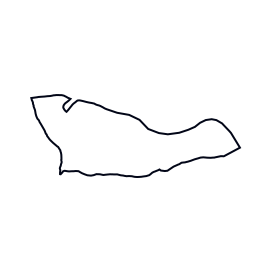 Massacre, Anse-la-Raye, Saint Lucia, rotated 326°
{"feature_id": "8701671B60259256363554", "entity_name": "Massacre", "entity_type": "district", "adm_level": 2, "iso_a3": "LCA", "parent_name": "Saint Lucia", "parent_adm1": "Anse-la-Raye", "projection": "albers", "projection_center": [-61.037, 13.949], "detail": "fine", "context": "isolated", "style": "outline", "palette": "ink", "viewbox_px": 256, "rotation_deg": 326, "n_neighbors": 0, "source": "geoboundaries", "source_scale": "gbopen_adm2", "svg_char_len": 2730}
<svg xmlns="http://www.w3.org/2000/svg" viewBox="0 0 256 256"><g transform="rotate(326 128 128)"><path d="M209.8,206.9L210.6,189.7L210.3,187.3L208.7,177.8L208.6,176.9L205.7,170.9L202.3,167.5L196.9,164.9L190.7,164.0L184.0,164.5L183.1,164.3L177.0,163.2L167.8,160.6L157.5,155.5L150.8,149.5L144.2,140.1L142.1,127.7L136.3,117.8L127.5,109.3L120.8,100.5L119.8,99.0L119.1,97.6L118.9,97.1L117.4,94.3L116.5,93.0L115.4,91.8L114.4,90.4L113.7,88.9L111.7,86.8L110.0,85.2L108.1,83.2L106.0,80.8L104.1,78.8L103.5,78.2L102.5,77.5L101.5,77.0L100.6,77.0L98.7,77.2L96.5,77.3L94.9,77.6L93.4,78.1L91.4,78.7L88.6,79.6L86.1,80.2L85.7,79.2L85.5,77.0L85.6,76.1L85.7,75.0L86.6,73.8L86.9,73.6L87.6,73.1L89.0,72.6L89.9,72.4L92.1,72.3L93.4,72.2L94.3,72.1L95.5,71.9L96.2,71.8L96.6,71.7L96.0,70.8L95.5,69.9L95.0,69.3L94.4,67.9L93.3,66.0L93.0,65.4L92.0,64.3L91.4,63.7L90.0,62.7L87.0,60.6L85.6,59.9L84.6,59.3L83.0,58.7L81.2,57.9L79.4,56.8L76.3,55.2L73.4,53.5L71.8,52.6L71.1,52.2L70.1,51.8L64.6,49.1L63.8,51.4L63.8,52.0L63.4,53.8L62.8,54.7L62.3,56.7L62.0,57.0L61.8,57.4L61.7,57.8L60.9,61.2L59.4,64.5L58.6,66.9L58.2,69.0L58.1,69.8L58.3,70.8L58.4,72.0L58.0,73.9L58.0,75.4L57.9,76.9L57.5,82.8L57.3,84.2L56.8,86.2L56.7,87.0L56.9,87.5L56.8,88.4L56.5,89.2L56.5,90.4L56.6,90.9L56.6,92.8L56.7,94.0L56.9,95.2L57.6,98.5L58.0,99.9L58.7,102.4L59.1,103.9L59.5,104.6L59.4,106.7L59.4,108.7L59.1,109.1L58.6,111.0L57.8,112.8L57.2,113.8L56.2,115.4L55.2,116.9L54.8,117.1L54.0,119.1L53.7,119.4L53.4,119.7L52.9,120.1L52.3,120.5L51.6,121.2L51.0,121.8L50.0,122.4L49.0,123.2L48.6,124.1L48.4,124.8L48.3,125.1L46.8,126.9L46.4,127.4L46.1,127.9L45.6,128.7L45.4,129.0L45.5,128.9L46.4,128.6L46.6,128.6L48.8,128.1L49.9,127.6L51.3,127.9L52.5,128.9L53.4,129.8L54.8,131.0L57.7,132.7L58.0,133.0L60.7,134.5L62.8,136.1L63.2,136.9L63.4,137.4L64.6,139.8L66.2,142.2L67.9,144.5L70.7,146.8L73.2,147.9L76.0,148.6L78.9,150.7L81.1,153.0L81.5,153.3L83.3,154.2L85.0,155.1L87.2,156.3L89.7,158.1L91.2,159.2L93.1,160.4L94.7,162.2L95.5,163.1L95.7,163.3L97.4,164.7L98.2,165.6L99.8,167.1L102.1,168.5L104.3,170.2L105.4,171.4L106.3,172.3L108.1,173.7L109.7,174.7L111.8,175.9L113.7,176.8L116.3,178.1L116.6,178.2L117.0,178.3L119.3,179.0L120.4,178.9L121.6,178.8L123.1,178.6L124.8,178.8L126.3,179.2L126.9,179.3L129.6,179.9L130.9,180.0L131.2,180.9L131.5,181.7L132.1,182.2L134.5,184.3L135.3,184.7L136.8,185.5L140.1,185.5L141.0,185.5L144.2,185.5L147.5,186.1L148.8,186.3L150.4,186.7L152.9,186.7L154.3,187.4L156.1,188.4L157.9,189.0L158.5,189.3L159.2,189.5L161.8,190.3L162.7,190.5L165.6,191.2L168.1,192.0L168.9,192.3L169.3,192.4L171.3,193.0L171.8,193.2L174.0,194.4L177.2,197.0L179.8,198.9L182.3,200.3L182.8,200.7L183.4,200.9L189.3,203.3L191.6,205.0L192.2,205.1L209.8,206.9Z" fill="none" stroke="#020617" stroke-width="2"/></g></svg>